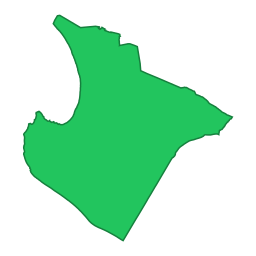 Sechura, Piura, Peru (Natural Earth projection)
{"feature_id": "86281439B13089313750619", "entity_name": "Sechura", "entity_type": "district", "adm_level": 2, "iso_a3": "PER", "parent_name": "Peru", "parent_adm1": "Piura", "projection": "natural_earth1", "projection_center": [-80.698, -5.861], "detail": "fine", "context": "isolated", "style": "filled", "palette": "green", "viewbox_px": 256, "rotation_deg": 0, "n_neighbors": 0, "source": "geoboundaries", "source_scale": "gbopen_adm2", "svg_char_len": 5515}
<svg xmlns="http://www.w3.org/2000/svg" viewBox="0 0 256 256"><path d="M224.8,113.4L222.5,112.3L221.6,111.8L221.1,111.2L219.6,110.0L218.8,109.5L218.1,108.8L216.5,107.7L215.6,106.8L214.7,106.5L214.3,106.3L213.9,105.9L213.5,105.7L210.2,104.0L209.6,103.6L208.6,102.7L208.3,102.2L207.8,101.4L206.2,99.9L205.9,99.6L204.4,98.6L203.7,97.9L202.9,97.3L202.2,96.9L201.4,96.8L201.1,96.7L200.2,96.1L198.0,95.2L197.5,95.0L196.5,94.8L196.2,94.7L195.9,94.4L195.7,94.1L194.6,91.8L194.4,91.4L194.2,91.2L193.1,91.1L192.5,90.6L192.0,90.4L191.4,90.0L189.0,89.0L187.6,88.1L186.4,87.5L185.3,87.5L184.7,87.3L184.2,87.3L183.1,87.7L181.9,87.7L181.0,88.0L157.2,77.8L146.8,73.5L140.7,70.7L140.1,63.4L137.3,46.6L134.4,45.4L129.9,43.8L128.0,43.8L119.6,45.5L119.7,45.3L119.3,43.0L119.3,41.7L119.2,40.7L119.0,39.9L119.0,39.7L119.4,38.1L119.3,37.2L119.3,36.5L120.2,36.2L119.8,35.6L119.8,34.4L118.0,33.7L112.0,32.3L111.0,32.1L111.0,32.5L109.7,32.3L105.2,30.6L105.5,30.2L104.7,29.9L104.8,28.9L104.1,28.8L104.0,28.6L103.3,28.4L103.1,28.0L102.0,27.4L101.9,27.7L101.9,27.9L100.9,28.3L100.8,28.8L100.7,28.9L100.4,28.9L99.9,29.3L99.6,29.0L99.2,28.7L98.8,28.6L98.6,28.4L98.5,28.2L98.9,28.2L99.1,28.2L99.3,26.9L95.5,26.3L80.5,27.6L59.8,15.4L59.5,15.4L57.4,15.8L54.6,20.5L54.5,20.9L53.3,23.7L54.1,24.7L54.9,25.8L55.6,26.6L56.8,28.0L57.2,28.7L57.5,29.0L58.0,29.3L59.0,30.5L59.8,31.1L60.0,31.4L60.3,31.8L60.7,32.4L61.2,32.9L61.7,33.6L62.1,34.1L63.8,36.5L64.2,37.2L64.6,37.7L65.4,39.0L65.9,40.0L66.7,41.3L66.9,41.7L67.6,43.0L68.4,44.1L68.6,44.5L69.0,45.2L69.4,46.2L70.2,47.7L71.6,50.9L71.6,51.1L71.8,52.2L72.3,54.0L72.5,54.3L72.6,54.7L73.3,55.9L74.2,58.4L74.7,59.3L74.8,60.0L75.3,61.2L75.3,61.5L75.5,61.9L75.8,63.1L76.0,63.6L76.4,64.1L76.8,65.7L77.0,66.5L77.3,67.6L77.6,68.2L77.8,70.1L78.3,71.7L78.4,72.4L78.7,73.2L79.0,74.2L79.5,75.4L79.7,76.0L79.9,77.3L80.1,77.8L80.3,78.6L80.4,80.6L80.5,81.9L80.6,82.8L80.6,84.4L80.5,85.4L80.6,86.2L80.4,88.0L80.4,90.2L80.2,91.6L80.1,92.1L80.1,93.0L79.9,96.1L79.5,99.1L79.1,100.6L79.1,101.1L78.8,102.5L78.5,103.4L76.9,106.9L76.8,107.6L76.7,107.6L76.1,108.4L76.0,108.8L75.6,109.1L75.5,109.5L74.7,111.4L74.0,114.1L73.5,115.0L73.2,115.9L72.8,116.7L72.4,117.2L71.8,118.0L71.3,118.5L70.6,119.5L69.1,120.9L68.7,121.2L67.8,122.0L66.6,122.9L65.5,123.3L64.0,124.1L63.0,124.6L62.5,124.6L60.9,124.7L60.0,124.4L59.8,124.3L59.6,124.0L59.4,124.1L59.0,124.1L58.6,124.3L58.2,124.3L57.9,124.1L57.9,123.9L57.8,123.6L57.1,123.3L56.6,122.9L55.3,123.0L54.6,123.0L54.2,122.9L54.0,122.7L53.9,122.5L54.0,122.0L53.7,121.7L51.8,122.4L51.3,122.4L51.2,122.3L51.0,121.9L50.7,121.6L50.2,121.6L49.7,121.2L49.6,120.6L49.0,121.1L48.0,121.2L47.6,121.1L47.1,120.7L46.3,119.9L45.7,119.7L45.3,119.5L44.1,118.3L43.9,117.8L43.9,117.2L43.8,116.8L43.5,116.6L43.1,116.5L42.4,115.1L41.6,113.8L41.4,113.6L41.2,113.5L41.1,113.4L41.0,113.0L39.9,112.0L39.4,111.8L39.3,111.5L39.2,111.4L38.7,111.4L38.2,111.9L37.8,111.8L37.6,112.0L37.4,112.0L37.2,112.1L36.9,112.2L36.7,112.4L36.6,112.7L36.3,112.6L36.2,112.6L36.2,112.8L36.3,113.0L36.1,113.3L36.0,113.8L36.3,114.6L36.3,115.3L36.4,115.5L36.4,115.9L36.0,117.0L35.9,117.9L35.4,119.1L35.0,119.6L34.7,119.6L34.4,119.9L34.6,120.3L34.3,121.2L34.2,121.8L33.6,122.9L33.1,123.5L32.6,124.0L31.8,124.3L31.5,124.3L31.2,124.2L30.8,123.6L30.6,123.5L30.0,123.5L29.6,123.8L28.9,123.8L28.7,124.0L28.7,124.5L28.5,126.3L27.9,127.5L27.8,128.3L27.7,128.7L26.7,130.2L25.8,131.7L25.3,132.2L24.9,132.5L23.7,134.2L23.9,135.0L24.4,136.3L24.6,137.3L24.5,138.1L24.6,138.6L24.5,139.1L24.4,140.0L24.4,141.4L24.5,141.7L24.5,142.4L24.6,143.4L24.6,144.1L24.4,144.8L24.0,145.4L24.0,146.4L23.7,146.9L23.7,147.0L23.8,148.5L24.5,151.0L24.5,152.0L24.5,152.3L24.1,152.6L23.9,152.9L23.8,153.5L23.7,154.1L23.8,154.5L24.7,157.5L24.8,158.0L25.0,158.6L25.6,160.4L26.1,161.6L26.6,162.7L27.5,164.2L28.3,165.4L29.5,166.8L29.8,167.4L29.9,167.7L29.8,168.2L30.5,169.2L30.6,169.6L30.6,169.9L30.3,170.3L30.3,170.6L30.6,171.1L30.9,172.2L31.9,173.6L32.3,174.1L32.6,174.4L33.5,175.5L34.7,176.7L36.1,177.6L36.7,178.2L38.1,179.1L39.0,179.9L39.7,180.3L40.7,181.1L41.6,181.9L42.4,182.5L45.3,184.5L50.7,187.9L51.7,188.6L52.1,188.9L54.5,190.7L59.1,193.7L63.5,196.8L66.7,199.2L68.0,200.2L68.7,200.6L72.2,203.4L75.6,206.3L77.3,207.9L77.7,208.2L78.6,209.1L79.7,210.3L81.1,211.6L83.6,214.4L85.8,216.8L87.3,218.6L87.7,219.1L89.4,221.2L91.4,223.1L93.3,224.5L94.9,225.6L98.4,227.4L100.8,228.4L104.0,229.8L107.3,231.4L111.5,233.7L115.8,236.1L121.1,239.5L123.1,240.6L136.1,218.7L138.5,214.8L141.3,210.1L146.7,201.0L147.9,198.8L150.9,193.9L154.8,187.2L156.3,184.8L170.8,160.1L172.0,158.3L172.3,157.8L173.2,157.4L174.8,155.7L175.3,154.5L175.5,152.9L175.8,152.3L176.6,151.4L177.4,150.3L178.7,148.4L180.1,147.0L181.3,146.1L183.1,144.9L183.8,144.3L186.9,142.3L189.3,140.9L191.1,140.3L193.8,139.7L196.4,138.8L198.5,138.2L201.0,137.4L202.2,136.8L203.4,136.1L204.1,135.4L204.5,135.0L205.1,134.8L205.8,134.8L207.6,134.9L209.2,134.9L210.7,134.9L213.9,134.2L215.7,134.0L217.5,134.0L218.8,134.6L218.8,133.9L218.9,133.3L219.2,132.0L219.3,131.3L219.4,131.0L219.5,130.4L219.8,130.3L220.6,130.1L221.0,129.7L221.6,129.4L222.0,129.4L222.5,128.8L222.8,128.3L223.0,128.1L223.2,127.8L223.9,127.2L224.2,126.4L224.4,126.2L224.6,126.2L225.0,125.6L225.3,124.7L225.8,124.1L226.0,123.8L226.4,123.5L227.0,122.5L227.3,122.2L227.8,122.1L227.9,121.6L228.1,121.4L229.1,120.6L229.4,119.9L230.0,119.2L230.4,119.0L231.0,118.9L231.4,118.6L231.5,118.3L231.7,118.1L231.8,117.7L232.3,117.0L230.4,116.2L229.2,115.7L228.1,115.2L227.6,115.2L227.2,115.0L225.7,113.9L224.8,113.4Z" fill="#22c55e" stroke="#15803d" stroke-width="1.5"/></svg>